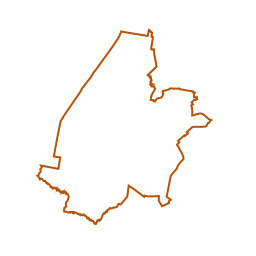 South Cotabato, South Cotabato, Philippines, rotated 100°
{"feature_id": "2640588B59746130391756", "entity_name": "South Cotabato", "entity_type": "district", "adm_level": 2, "iso_a3": "PHL", "parent_name": "Philippines", "parent_adm1": "South Cotabato", "projection": "orthographic", "projection_center": [125.136, 6.312], "detail": "fine", "context": "isolated", "style": "outline", "palette": "amber", "viewbox_px": 256, "rotation_deg": 100, "n_neighbors": 0, "source": "geoboundaries", "source_scale": "gbopen_adm2", "svg_char_len": 5674}
<svg xmlns="http://www.w3.org/2000/svg" viewBox="0 0 256 256"><g transform="rotate(100 128 128)"><path d="M191.3,73.3L189.0,78.0L168.0,77.6L165.3,76.4L159.8,73.0L156.4,72.4L153.1,70.7L148.8,67.9L146.4,68.7L143.8,70.3L140.9,72.9L138.0,74.9L136.1,76.8L134.4,76.0L133.2,75.0L131.8,76.4L125.5,71.2L126.0,70.6L122.9,68.0L121.9,69.4L115.8,64.7L115.2,62.4L114.2,56.7L113.3,52.5L112.7,51.2L109.2,50.1L109.0,49.3L106.5,48.0L105.8,47.4L105.3,49.8L101.2,56.7L101.1,59.6L102.1,61.6L102.8,63.5L104.0,65.6L104.5,67.0L100.4,67.5L95.8,69.0L95.1,69.6L94.1,69.2L93.5,68.1L91.6,69.9L90.5,68.8L89.5,68.3L88.9,67.8L88.4,65.8L87.6,65.6L87.5,65.0L85.6,65.6L86.1,66.2L86.2,68.3L84.3,68.7L82.4,68.8L82.1,68.4L81.6,68.2L81.6,70.4L80.7,70.5L80.8,83.7L80.2,84.0L80.2,84.5L80.7,86.3L81.0,88.6L81.5,89.6L81.3,91.7L81.6,93.1L83.0,94.6L84.3,96.9L85.1,99.3L85.5,100.1L86.1,100.2L86.9,99.9L86.6,99.7L88.0,99.4L90.0,99.5L91.5,100.1L92.1,100.5L92.8,101.7L93.9,104.3L94.2,104.7L95.6,105.2L96.1,106.1L97.2,106.1L97.2,107.3L96.3,107.3L96.2,107.6L96.4,110.6L91.5,110.5L85.0,108.1L84.6,108.1L84.3,108.3L84.0,108.9L83.3,109.0L83.0,109.5L82.9,110.0L82.4,110.0L82.7,110.5L82.7,111.0L83.0,111.4L83.0,112.1L82.6,112.4L82.2,112.2L81.7,112.9L81.6,112.3L81.0,112.3L80.7,111.8L80.7,112.7L80.3,112.6L79.9,113.7L79.0,113.7L78.8,113.9L78.3,113.8L78.1,113.5L78.1,113.2L77.5,113.0L77.3,113.4L76.7,113.3L76.6,113.9L75.7,113.8L75.4,114.1L74.9,114.1L74.7,114.7L74.4,114.2L74.0,114.3L73.3,114.7L73.1,115.8L72.7,116.0L72.8,116.3L72.8,116.7L72.9,117.2L72.8,117.5L72.5,117.8L62.5,110.5L50.8,114.9L46.0,116.2L46.1,116.8L46.7,117.8L46.2,118.1L46.0,119.0L34.2,119.2L33.8,119.9L33.9,120.8L30.0,120.8L29.6,121.4L29.7,122.0L29.3,122.2L29.0,122.7L28.5,122.9L28.4,123.7L28.0,123.8L27.8,124.4L33.9,124.6L34.2,148.2L34.1,151.5L38.8,152.4L48.8,156.5L76.7,170.0L79.2,171.5L84.6,173.5L97.3,180.3L98.8,180.5L100.1,181.0L125.9,192.7L132.9,195.5L145.7,195.9L168.9,196.1L168.8,189.6L180.3,189.5L180.1,207.2L181.5,206.1L182.7,206.4L183.9,207.3L184.7,206.8L186.1,206.4L187.1,206.7L187.4,207.1L188.1,207.8L188.9,208.0L189.9,207.8L190.8,208.3L190.9,208.6L191.2,208.0L192.8,206.5L192.8,206.2L193.2,206.1L193.0,205.9L193.3,205.2L193.2,205.0L193.3,205.0L193.2,204.9L193.2,203.5L193.6,203.1L193.5,202.9L193.7,203.1L194.7,202.1L194.9,201.3L194.6,200.6L194.9,200.3L195.1,200.5L194.8,200.2L195.1,199.9L195.0,200.1L195.2,199.8L195.4,199.9L195.2,199.7L195.3,199.5L196.0,199.1L196.6,198.3L196.6,197.8L196.8,197.9L196.5,197.7L196.9,197.8L196.7,197.7L196.9,197.6L197.1,197.3L196.9,197.2L197.0,196.7L197.3,196.8L197.0,196.7L197.2,195.7L198.0,194.9L198.6,194.6L198.6,194.4L199.5,194.0L199.4,193.8L199.5,193.6L199.2,193.5L199.5,193.5L199.3,193.4L199.5,193.4L199.5,193.0L199.8,192.7L199.6,192.7L199.9,192.3L199.9,191.8L200.0,191.8L200.0,192.2L200.2,191.6L199.8,190.9L200.2,190.8L200.1,190.7L199.8,190.8L199.8,190.6L200.0,190.5L200.0,190.4L199.8,190.5L199.7,190.3L199.9,190.3L199.7,190.0L199.8,189.5L199.7,188.9L199.9,188.9L199.9,188.7L200.1,188.8L200.0,188.7L200.3,188.8L200.1,188.6L200.9,187.9L200.9,187.7L200.6,187.6L201.0,187.5L200.6,187.5L200.6,187.3L200.7,187.1L201.0,187.1L200.7,186.9L201.1,187.0L200.8,186.8L201.1,186.9L201.2,186.7L201.2,186.4L200.9,186.2L201.0,186.1L201.3,186.2L201.2,186.1L201.3,186.1L201.0,186.0L201.4,186.0L201.2,185.9L201.4,185.7L201.5,185.5L201.2,185.4L201.4,185.4L201.3,185.1L201.5,185.1L201.4,184.9L201.9,184.7L202.1,184.3L202.1,184.1L202.1,183.9L202.8,183.5L202.6,183.2L202.7,182.9L202.1,182.1L202.3,182.0L202.1,182.0L202.1,181.8L202.1,181.6L202.2,181.4L202.6,181.5L202.4,181.3L202.4,181.1L202.7,181.3L202.8,181.2L202.4,180.7L202.7,180.7L202.7,180.8L202.8,180.9L203.0,180.5L202.7,180.4L203.1,180.3L203.0,180.1L202.8,180.1L202.6,180.1L202.6,179.9L202.5,180.0L202.4,179.7L202.2,179.8L202.6,179.3L202.2,179.6L202.3,179.5L202.3,179.3L202.1,179.0L202.3,178.8L202.1,178.8L202.3,178.6L202.0,178.6L202.0,178.3L202.2,178.2L202.2,177.7L203.7,177.0L203.2,176.5L203.3,176.3L204.9,174.9L205.8,174.5L206.7,174.4L210.4,175.0L211.5,175.9L212.8,176.2L214.0,175.9L214.3,175.7L214.7,175.8L215.1,175.5L216.0,175.5L216.1,175.3L216.4,175.5L216.6,176.0L217.2,176.2L217.6,176.8L219.0,176.7L219.1,176.8L219.2,176.6L219.8,176.5L220.2,176.8L220.3,177.3L220.3,177.1L220.8,176.9L221.3,176.3L221.4,175.2L221.1,174.2L221.7,172.3L221.5,171.6L220.9,171.1L220.8,170.8L221.4,170.3L221.5,170.0L221.3,169.8L220.8,169.7L220.7,169.4L220.9,169.1L220.2,167.7L220.4,167.5L221.6,167.2L221.7,166.9L221.6,166.6L220.3,166.7L220.1,166.3L220.5,165.5L220.6,163.8L220.9,163.4L220.9,162.7L221.6,162.1L221.3,161.2L222.2,159.7L222.0,159.4L221.3,159.4L221.3,158.7L221.8,157.1L221.6,156.8L220.9,156.6L220.8,156.1L220.9,155.9L222.0,155.1L222.0,154.1L222.3,153.7L223.1,152.8L223.7,152.7L223.3,151.4L224.3,151.5L224.3,150.3L225.3,150.0L225.8,149.3L225.7,149.1L225.0,149.1L224.6,148.6L224.6,148.3L225.1,148.2L226.0,147.1L225.7,146.7L225.7,146.0L227.0,145.0L227.8,144.8L227.7,144.0L228.2,143.4L228.1,142.9L226.7,142.8L226.3,142.2L225.2,142.3L224.4,142.0L224.6,141.7L224.4,141.3L224.4,140.5L223.9,140.7L224.0,140.0L223.3,140.0L223.4,139.6L223.0,139.2L223.0,138.9L216.7,137.4L216.7,136.9L216.3,136.8L216.4,136.5L216.3,136.3L216.1,136.4L216.0,136.0L215.4,135.9L215.4,135.7L215.0,135.3L214.3,135.1L214.5,134.9L214.2,134.6L214.4,134.6L214.3,134.3L213.8,134.6L213.5,134.5L213.4,134.3L212.7,133.9L212.9,133.7L212.5,133.5L212.1,133.6L211.4,132.5L210.6,132.3L210.7,132.1L210.7,131.9L210.1,131.4L210.2,131.2L210.0,129.9L209.2,129.2L209.3,129.0L209.1,128.8L208.4,126.7L207.6,125.2L204.3,124.0L204.6,121.8L195.6,116.8L184.7,117.3L186.7,112.5L193.0,100.1L191.8,99.9L191.9,96.4L190.8,90.5L189.6,85.8L194.3,85.1L199.1,80.8L194.8,74.6L193.0,75.1L191.3,73.3Z" fill="none" stroke="#b45309" stroke-width="2"/></g></svg>